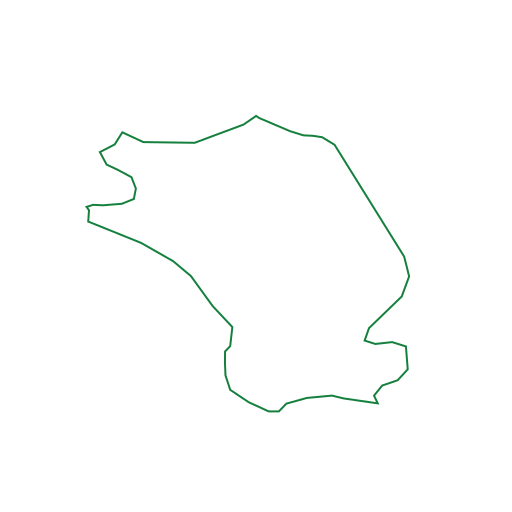 the border of Čučer Sandevo, rotated 115°
{"feature_id": "MKD-2926", "entity_name": "Čučer Sandevo", "entity_type": "Statistical Region", "adm_level": 1, "iso_a3": "MKD", "parent_name": "North Macedonia", "parent_adm1": "", "projection": "albers", "projection_center": [21.416, 42.134], "detail": "fine", "context": "isolated", "style": "outline", "palette": "green", "viewbox_px": 512, "rotation_deg": 115, "n_neighbors": 0, "source": "natural_earth", "source_scale": "10m", "svg_char_len": 830}
<svg xmlns="http://www.w3.org/2000/svg" viewBox="0 0 512 512"><g transform="rotate(115 256 256)"><path d="M332.7,90.0L338.1,83.4L348.0,116.2L350.4,128.1L363.2,150.0L377.0,166.1L387.2,169.6L391.5,178.9L391.6,200.8L388.2,222.8L377.1,233.2L365.9,239.0L355.6,243.7L348.6,241.3L330.4,247.4L319.8,273.9L301.7,306.5L295.7,328.9L292.7,365.6L295.7,422.6L285.1,426.7L283.1,430.3L278.5,425.3L274.7,416.1L265.4,399.7L255.9,390.8L245.6,393.4L237.2,402.2L236.3,418.6L236.3,430.0L227.8,441.4L214.6,431.2L200.4,429.4L200.4,406.3L179.3,359.4L142.1,322.8L129.0,315.1L129.6,311.5L128.5,278.1L126.6,264.0L123.0,255.2L120.4,246.3L122.0,231.8L193.9,121.5L202.2,114.7L209.8,108.6L231.1,106.8L273.6,123.1L286.7,121.8L285.3,110.7L276.5,96.2L274.6,81.9L294.6,70.6L308.7,75.1L320.1,86.9L332.7,90.0Z" fill="none" stroke="#15803d" stroke-width="2"/></g></svg>